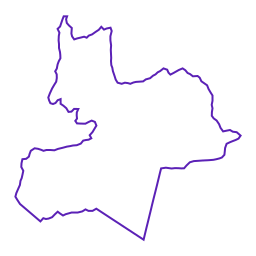 outline of Viana, Espírito Santo, Brazil
{"feature_id": "56859067B48363656253494", "entity_name": "Viana", "entity_type": "district", "adm_level": 2, "iso_a3": "BRA", "parent_name": "Brazil", "parent_adm1": "Espírito Santo", "projection": "robinson", "projection_center": [-40.52, -20.392], "detail": "fine", "context": "isolated", "style": "outline", "palette": "violet", "viewbox_px": 256, "rotation_deg": 0, "n_neighbors": 0, "source": "geoboundaries", "source_scale": "gbopen_adm2", "svg_char_len": 2576}
<svg xmlns="http://www.w3.org/2000/svg" viewBox="0 0 256 256"><path d="M57.6,28.9L59.4,32.7L58.8,36.0L58.6,40.4L59.0,44.1L59.0,48.0L60.0,52.1L60.3,55.1L60.4,58.3L58.8,61.2L57.6,64.4L56.8,68.6L55.2,71.3L56.7,74.3L56.8,78.0L56.2,81.7L54.2,84.9L52.1,88.5L49.9,93.3L48.3,97.5L49.1,100.4L50.4,103.2L53.0,104.0L55.5,103.0L57.7,100.2L60.6,99.1L60.6,103.8L63.4,105.7L66.3,108.2L68.5,111.9L71.5,111.6L74.1,108.9L78.3,109.0L76.8,112.4L76.7,115.3L77.0,118.6L75.3,120.9L77.0,123.4L81.0,123.6L85.4,123.7L88.6,122.0L91.7,120.6L94.9,121.9L96.4,125.6L94.1,129.4L92.5,132.1L89.7,135.2L91.3,138.3L88.6,139.7L86.0,140.0L83.2,140.6L80.8,143.6L76.8,145.2L72.9,145.5L70.2,146.1L67.0,146.6L62.6,147.8L58.0,148.9L54.4,150.3L50.4,150.0L46.4,150.0L43.5,150.8L41.1,149.8L38.0,148.8L34.6,148.3L30.8,150.8L29.6,153.9L28.9,156.6L26.2,158.8L22.4,159.2L21.5,163.3L21.3,167.0L23.3,170.8L22.5,174.6L21.7,178.1L20.5,180.8L19.9,185.0L18.3,188.6L16.3,193.2L15.4,196.7L17.4,200.0L20.0,204.0L40.4,221.4L43.3,218.2L45.9,219.0L48.5,218.6L52.1,217.2L55.0,214.2L57.7,211.7L59.9,213.4L63.0,215.5L65.7,214.2L68.9,213.3L71.7,212.5L74.4,212.5L77.8,212.5L82.3,211.4L85.5,209.4L88.5,210.9L92.5,210.9L96.3,208.7L143.6,239.7L146.6,227.2L147.8,222.4L151.3,208.1L152.0,205.1L153.7,198.2L155.1,192.7L157.0,185.1L160.1,172.3L161.1,168.4L165.9,167.7L171.6,168.5L175.1,168.1L178.5,168.2L181.4,168.4L184.1,168.3L186.5,165.5L189.8,162.3L193.8,161.1L198.4,160.8L202.6,160.5L208.7,160.2L213.5,159.8L216.4,159.2L219.5,158.4L221.9,157.5L224.4,154.8L224.8,151.2L225.1,148.0L226.6,143.8L230.0,142.2L232.7,141.1L235.6,140.0L238.5,138.6L240.6,135.6L236.7,132.2L232.8,131.7L230.0,130.0L226.9,130.6L223.1,131.4L220.5,127.8L219.1,124.2L216.6,120.5L213.7,118.4L211.8,115.8L211.9,112.2L212.5,108.3L211.7,104.8L212.5,100.8L212.5,95.5L210.6,92.5L208.6,89.1L207.1,85.3L204.7,83.6L201.4,81.3L199.7,77.7L197.6,76.0L192.9,76.3L190.1,74.1L187.6,73.0L185.3,70.2L182.6,68.4L178.8,70.0L173.5,73.0L170.4,74.6L168.5,72.7L167.2,69.7L163.5,68.4L160.1,71.1L157.7,72.3L155.5,74.4L153.0,75.7L150.1,78.2L145.8,79.4L143.1,81.4L139.0,81.7L136.0,81.9L133.4,82.5L130.3,83.8L127.9,83.1L124.9,82.7L121.7,83.8L117.6,82.7L115.7,79.6L114.5,75.8L112.9,71.1L112.3,67.7L111.3,65.1L111.0,61.1L111.2,57.9L111.0,53.9L110.8,49.9L111.1,45.4L110.4,40.2L110.4,36.2L111.7,31.0L110.5,27.7L106.6,28.5L104.0,29.6L101.3,26.8L98.8,29.8L95.6,31.9L92.1,34.4L88.8,35.6L86.7,37.7L84.1,36.7L80.6,37.6L77.2,38.4L74.2,39.4L72.1,36.4L71.4,33.6L71.8,28.0L69.0,25.5L66.8,23.0L66.1,19.2L67.1,16.3L63.7,16.3L62.5,19.4L61.1,23.5L60.1,26.5L57.6,28.9Z" fill="none" stroke="#5b21b6" stroke-width="2"/></svg>